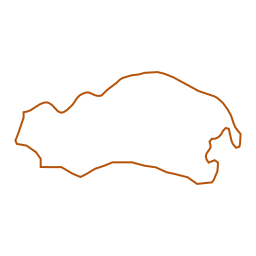 Pongchon, Hwanghae-namdo, North Korea
{"feature_id": "82179303B59678099693620", "entity_name": "Pongchon", "entity_type": "district", "adm_level": 2, "iso_a3": "PRK", "parent_name": "North Korea", "parent_adm1": "Hwanghae-namdo", "projection": "natural_earth1", "projection_center": [126.231, 38.15], "detail": "fine", "context": "isolated", "style": "outline", "palette": "amber", "viewbox_px": 256, "rotation_deg": 0, "n_neighbors": 0, "source": "geoboundaries", "source_scale": "gbopen_adm2", "svg_char_len": 1242}
<svg xmlns="http://www.w3.org/2000/svg" viewBox="0 0 256 256"><path d="M40.7,163.7L40.7,167.0L47.1,167.1L51.9,167.1L61.4,167.1L72.6,173.7L80.5,177.0L82.1,176.2L86.9,173.7L95.0,168.8L104.6,165.6L112.6,162.3L120.6,162.3L131.8,162.3L144.5,165.7L155.7,167.3L166.8,172.3L174.8,174.0L187.6,177.3L197.1,183.9L211.7,182.4L213.4,180.6L217.4,171.4L217.9,165.3L217.8,162.3L214.6,160.2L208.6,162.6L206.6,159.5L205.8,156.6L206.5,153.6L210.5,147.8L210.5,144.9L209.5,141.7L211.8,138.8L215.2,138.7L218.7,137.0L221.3,134.1L223.1,130.7L225.7,128.0L228.8,128.8L231.4,140.5L232.7,143.7L235.3,146.8L235.9,147.7L239.3,146.8L240.0,144.1L240.6,134.1L235.6,127.8L234.0,124.4L231.0,115.4L229.1,112.1L227.7,109.5L223.2,103.3L220.3,100.5L217.2,97.9L214.5,96.4L198.5,91.0L173.1,77.2L164.0,73.6L157.4,72.1L144.9,72.8L138.6,74.5L132.2,75.2L131.0,75.5L122.8,77.9L119.7,79.8L116.8,82.6L107.3,89.8L101.5,95.5L98.3,96.0L94.9,95.2L89.1,92.5L85.9,92.5L82.7,93.7L79.5,95.5L76.9,98.3L72.6,104.7L66.9,110.1L63.6,112.2L60.9,112.7L57.8,111.2L52.0,105.0L48.9,103.0L46.2,102.3L42.9,103.0L39.5,104.5L30.4,110.3L27.5,111.5L23.6,112.2L23.6,117.7L21.9,122.6L18.6,132.4L15.4,140.7L16.9,143.9L26.5,145.6L36.0,152.2L40.7,158.8L40.7,163.7Z" fill="none" stroke="#b45309" stroke-width="2"/></svg>